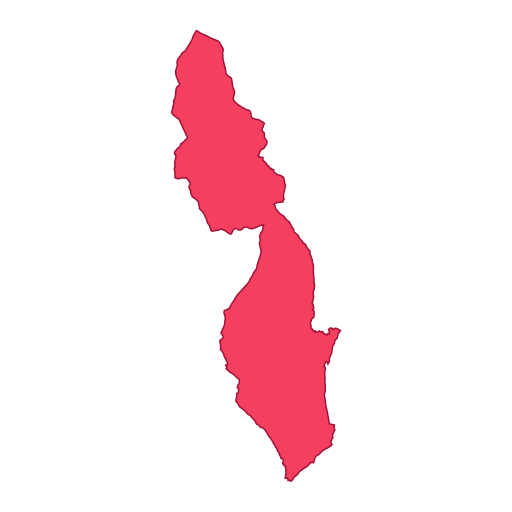 outline of Paipa, Boyacá, Colombia
{"feature_id": "7082276B8321957646426", "entity_name": "Paipa", "entity_type": "district", "adm_level": 2, "iso_a3": "COL", "parent_name": "Colombia", "parent_adm1": "Boyacá", "projection": "equal_earth", "projection_center": [-73.118, 5.831], "detail": "fine", "context": "isolated", "style": "filled", "palette": "rose", "viewbox_px": 512, "rotation_deg": 0, "n_neighbors": 0, "source": "geoboundaries", "source_scale": "gbopen_adm2", "svg_char_len": 6085}
<svg xmlns="http://www.w3.org/2000/svg" viewBox="0 0 512 512"><path d="M219.3,42.1L217.7,40.8L210.5,37.9L207.3,36.1L200.0,32.9L198.3,31.5L196.8,30.7L196.2,30.8L193.3,35.8L192.0,39.8L185.5,50.6L181.9,53.2L180.8,55.4L177.6,59.4L177.0,62.5L177.3,65.2L177.0,66.8L175.7,70.6L175.6,72.1L176.1,75.6L178.7,82.4L179.6,83.7L179.7,84.3L179.4,84.8L176.8,87.1L176.4,88.0L175.7,91.4L175.5,95.6L175.2,97.5L173.8,100.5L173.6,101.7L173.9,103.3L172.8,106.8L172.4,110.1L171.5,111.9L171.9,113.1L173.3,114.9L175.3,116.7L178.1,118.6L178.7,118.6L187.5,137.6L187.1,138.4L182.3,143.0L180.5,144.0L180.5,145.1L179.9,146.4L176.8,149.1L174.8,151.9L174.4,153.9L175.2,154.7L176.0,156.4L174.7,162.2L174.9,166.6L174.3,169.3L175.0,172.5L174.9,177.0L175.2,177.9L178.5,178.9L181.6,177.9L186.3,178.1L187.4,179.0L188.5,180.4L190.0,183.0L190.1,184.5L189.0,186.3L189.2,188.2L189.6,189.3L190.6,190.7L190.8,193.3L192.2,196.5L193.3,197.6L195.4,198.8L197.8,201.1L198.5,202.9L199.4,206.8L199.4,208.4L199.7,209.0L202.5,211.6L204.1,214.2L206.7,219.9L207.3,222.7L209.2,225.2L211.1,230.6L211.8,231.0L212.9,231.1L219.0,229.9L221.2,229.2L224.2,230.1L229.2,233.6L230.9,234.1L231.5,233.7L233.2,229.8L235.3,228.4L236.3,228.6L238.1,229.7L240.0,230.1L241.6,229.6L242.7,228.8L243.5,227.6L244.4,227.1L247.2,227.2L250.3,228.7L252.7,228.7L261.0,225.3L263.6,224.9L263.1,226.2L262.9,228.6L262.2,231.4L260.6,233.2L259.8,235.7L259.7,236.9L260.4,240.2L259.5,242.3L259.5,243.5L261.2,251.7L260.2,255.5L257.2,264.9L257.0,266.7L256.3,269.0L253.5,272.9L252.4,275.5L250.2,279.0L248.6,282.5L237.0,295.3L233.7,300.9L232.2,302.9L229.3,308.2L228.5,309.0L227.3,309.1L226.2,310.2L224.3,310.4L224.0,313.0L224.9,315.6L225.3,318.6L224.9,320.7L224.8,322.9L224.2,325.6L223.4,327.6L222.5,329.1L222.1,330.8L221.5,331.6L221.0,333.2L223.5,336.6L222.0,338.8L219.7,340.8L220.6,345.3L220.5,349.1L220.8,350.0L221.8,350.9L223.3,353.2L224.5,357.1L225.7,359.3L225.9,359.1L227.4,362.9L227.7,364.0L227.4,364.7L225.7,365.0L225.7,365.5L227.0,367.1L226.1,368.7L230.2,372.4L232.8,373.8L239.6,380.0L238.9,384.0L238.1,385.0L237.2,387.2L237.2,387.5L238.6,388.8L238.4,391.7L238.2,392.9L236.7,393.4L236.9,396.1L236.1,398.7L235.9,401.6L236.8,401.8L239.8,407.0L244.9,410.6L245.0,411.2L246.2,412.2L248.0,414.4L250.2,415.5L252.7,418.5L253.6,419.2L255.8,422.2L256.1,423.4L256.7,424.2L258.1,424.6L260.4,427.3L263.0,427.9L265.4,430.4L269.1,436.7L271.2,439.1L274.3,444.8L275.4,446.1L275.6,447.3L276.3,447.8L276.7,448.6L277.5,451.0L278.5,451.9L279.6,455.1L280.3,456.1L281.0,458.4L281.9,458.8L282.5,458.4L283.3,459.7L283.3,461.1L282.5,463.2L282.7,463.6L283.5,463.8L283.4,464.5L283.5,464.9L283.9,464.8L284.8,466.2L285.6,466.4L285.4,467.9L286.0,469.7L285.8,470.8L286.2,473.2L285.6,474.6L285.6,476.5L284.8,478.7L285.8,477.8L286.6,478.4L287.2,478.0L287.9,478.7L288.0,480.5L288.6,480.6L289.6,480.2L290.8,481.3L293.0,479.4L293.3,478.2L293.8,477.6L297.8,474.1L299.4,471.6L305.1,467.6L306.3,467.1L308.8,464.8L310.5,462.6L313.6,462.7L314.3,460.7L314.8,458.1L316.5,455.8L318.6,454.7L322.9,450.4L327.8,447.8L330.8,445.9L332.1,444.5L331.6,444.3L331.0,443.1L331.0,441.4L331.6,440.4L331.9,438.5L332.9,438.0L332.4,434.7L333.5,433.1L334.0,431.4L334.8,430.1L334.8,429.6L334.0,427.3L334.3,426.8L334.5,425.0L329.4,423.8L327.1,411.0L325.8,405.8L325.3,400.4L324.3,395.4L324.4,394.1L325.2,391.5L325.2,390.4L325.3,386.9L324.8,381.0L325.1,379.7L324.7,374.0L325.0,369.9L325.5,368.4L325.2,367.7L325.3,367.3L323.9,366.3L325.6,362.0L326.9,361.9L327.4,362.5L327.9,364.0L329.1,362.1L329.3,361.2L329.5,361.2L329.3,358.6L330.3,355.9L331.5,353.7L332.5,346.7L334.4,343.4L334.7,341.3L335.6,339.7L337.0,338.4L338.3,333.5L340.5,330.8L339.6,329.9L335.9,328.2L335.1,328.2L333.0,329.5L331.9,328.0L330.2,328.1L329.3,328.6L328.5,329.8L329.4,331.3L329.1,333.7L328.6,333.9L327.9,333.6L326.7,335.4L326.3,334.5L325.6,334.1L323.5,333.7L323.0,331.9L322.5,331.5L320.7,331.9L319.3,331.0L317.2,332.1L316.1,332.2L315.6,331.3L315.4,332.1L315.1,332.1L314.2,330.9L313.0,330.9L312.6,330.2L312.8,329.3L311.8,328.8L310.9,327.8L311.1,325.2L310.4,324.3L310.3,323.4L311.3,320.6L311.5,319.1L313.9,317.3L313.7,315.9L314.2,314.2L314.1,311.4L313.3,310.1L312.3,310.1L312.5,309.4L313.3,309.1L313.8,308.2L313.5,307.9L313.4,305.2L312.7,304.4L312.6,303.4L312.2,303.5L312.1,302.9L313.1,300.0L313.2,299.1L313.0,298.7L313.5,298.1L313.4,297.0L313.7,296.5L313.2,294.8L313.4,293.7L313.2,292.3L313.9,290.1L314.7,285.6L314.2,284.0L314.3,282.7L313.9,282.4L314.0,278.2L313.7,276.9L313.4,271.3L313.5,266.7L313.0,263.5L312.5,262.8L312.2,259.7L310.7,255.8L310.7,254.8L310.0,254.0L309.9,252.3L310.1,251.6L309.5,250.3L308.5,249.7L306.4,246.6L306.1,245.4L305.3,244.3L304.8,243.8L304.2,243.7L303.5,242.8L302.7,242.7L302.2,241.1L299.7,238.8L298.4,235.6L293.9,231.8L293.6,229.2L291.5,226.5L291.0,224.9L290.3,224.0L290.1,223.0L289.5,222.6L288.9,221.3L286.9,220.3L286.5,219.5L285.8,219.3L285.5,218.2L284.7,217.5L284.0,216.3L281.2,214.7L278.4,212.1L277.0,210.2L276.0,209.6L275.1,205.9L273.9,204.2L274.4,203.7L277.4,202.5L282.8,202.0L283.2,200.5L284.1,199.2L283.5,197.4L283.6,193.9L285.5,185.7L284.8,183.6L284.3,180.3L283.8,179.4L283.8,177.6L281.3,175.7L277.2,174.6L276.2,173.5L275.0,173.4L274.6,172.6L273.9,172.1L273.6,170.9L273.9,170.5L273.6,169.8L272.6,169.2L271.9,169.5L271.0,168.2L270.4,168.5L269.9,168.2L269.1,166.5L267.8,165.3L267.0,165.3L266.6,163.9L265.6,162.4L264.6,161.9L264.4,161.4L263.7,161.2L262.9,159.7L263.0,157.6L262.0,157.2L259.5,157.3L259.2,156.5L258.8,156.6L258.7,156.3L258.0,155.8L258.6,155.2L258.6,154.6L259.5,153.4L259.9,151.5L260.6,150.8L260.8,150.0L261.9,149.2L263.1,148.9L264.4,147.8L264.7,146.8L266.1,145.2L266.6,144.3L267.0,142.6L266.8,141.2L264.3,136.9L264.3,133.0L263.1,132.0L262.1,130.3L262.1,128.3L263.2,126.9L263.2,126.2L264.4,123.2L259.2,119.9L257.8,119.4L255.4,119.2L252.3,118.0L251.3,116.8L251.0,115.6L251.0,113.4L250.0,111.1L249.0,110.2L246.4,109.6L241.6,107.0L238.2,104.7L235.5,102.5L234.1,100.9L233.3,99.2L233.2,97.8L234.3,94.1L234.5,92.3L234.2,90.4L232.9,87.5L231.5,78.5L230.8,77.7L227.0,75.2L226.1,73.4L225.3,68.5L223.2,60.4L222.9,58.2L222.8,54.5L222.5,53.3L223.3,49.9L223.0,48.5L219.3,42.1Z" fill="#f43f5e" stroke="#9f1239" stroke-width="1.5"/></svg>